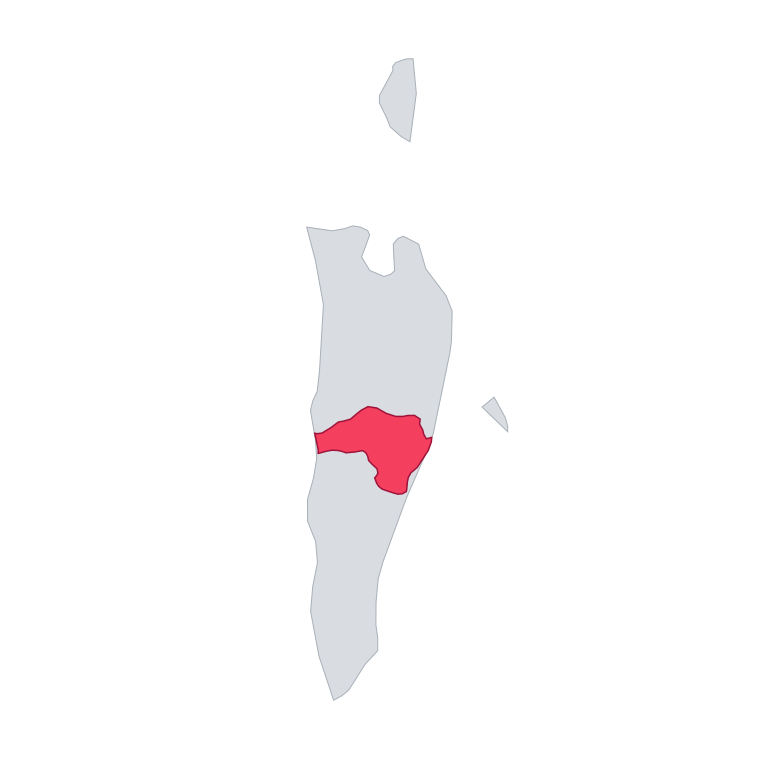 location of Manatuto within East Timor, rotated 113°
{"feature_id": "TLS-550", "entity_name": "Manatuto", "entity_type": "District", "adm_level": 1, "iso_a3": "TLS", "parent_name": "East Timor", "parent_adm1": "", "projection": "albers", "projection_center": [126.0, -8.769], "detail": "fine", "context": "in_parent", "style": "filled", "palette": "rose", "viewbox_px": 768, "rotation_deg": 113, "n_neighbors": 0, "source": "natural_earth", "source_scale": "10m", "svg_char_len": 1753}
<svg xmlns="http://www.w3.org/2000/svg" viewBox="0 0 768 768"><g transform="rotate(113 384 384)"><path d="M269.8,516.5L263.2,491.4L256.2,480.7L250.7,474.6L248.8,466.9L249.1,459.0L252.4,455.4L275.8,454.3L285.1,441.4L285.0,425.9L280.3,420.7L275.7,418.5L251.5,430.2L244.6,428.1L240.4,423.9L241.7,406.7L261.7,390.5L278.5,361.3L290.4,349.7L318.1,338.7L329.3,335.6L409.9,319.4L429.2,318.3L480.3,318.8L548.7,315.4L565.6,313.2L587.6,306.2L608.8,297.4L620.1,290.6L631.9,285.6L649.5,291.9L679.4,296.8L687.4,301.0L694.8,306.8L660.1,337.4L622.0,362.7L598.5,370.4L574.3,375.5L555.8,385.3L540.2,400.7L520.2,409.3L497.8,412.2L478.6,416.9L461.2,425.9L437.0,441.4L427.2,443.0L416.9,442.6L396.8,448.6L334.5,470.8L296.8,495.6L269.8,516.5ZM73.2,484.4L103.9,467.8L150.8,454.8L149.7,464.2L144.9,478.8L137.8,485.7L127.1,498.1L120.1,500.9L91.9,498.3L88.3,500.1L83.5,498.8L76.3,490.9L73.2,484.4ZM379.6,251.5L366.9,284.7L353.1,277.6L367.8,258.9L374.9,253.4L379.6,251.5Z" fill="#d9dde1" stroke="#a8b0b8" stroke-width="1"/><path d="M473.6,417.5L470.5,418.7L456.4,428.5L455.9,426.2L453.4,421.9L445.2,416.0L436.8,411.1L433.8,406.5L429.4,401.1L422.8,397.8L417.0,394.7L411.1,389.9L408.9,381.2L410.2,370.4L410.1,369.8L409.3,360.6L406.4,353.8L403.7,349.8L401.0,343.6L402.2,337.0L407.0,335.6L411.2,330.4L414.9,327.6L417.9,323.6L414.5,319.2L418.8,317.8L427.8,317.3L447.7,320.8L455.4,324.6L460.5,325.1L464.7,324.3L472.8,321.7L474.4,321.5L478.0,324.4L480.0,328.2L480.6,332.7L481.1,338.5L481.5,344.8L480.2,349.1L478.0,352.2L474.0,355.9L472.3,355.3L468.6,354.7L464.8,357.2L462.6,363.4L460.4,368.3L456.9,370.7L454.3,374.0L453.7,377.7L458.2,384.7L462.2,392.1L462.4,396.2L463.2,400.4L465.3,406.1L468.5,410.9L473.5,417.2L473.6,417.5Z" fill="#f43f5e" stroke="#9f1239" stroke-width="1.5"/></g></svg>